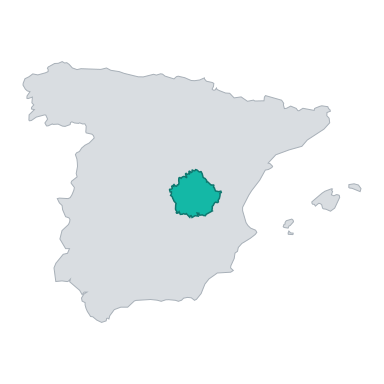 where Cuenca sits in Spain
{"feature_id": "ESP-5818", "entity_name": "Cuenca", "entity_type": "Autonomous Community", "adm_level": 1, "iso_a3": "ESP", "parent_name": "Spain", "parent_adm1": "", "projection": "orthographic", "projection_center": [-2.034, 39.943], "detail": "fine", "context": "in_parent", "style": "filled", "palette": "teal", "viewbox_px": 384, "rotation_deg": 0, "n_neighbors": 0, "source": "natural_earth", "source_scale": "10m", "svg_char_len": 6506}
<svg xmlns="http://www.w3.org/2000/svg" viewBox="0 0 384 384"><path d="M204.4,77.9L204.5,79.0L206.4,81.2L212.3,82.5L213.8,83.4L213.5,86.4L212.1,89.1L213.4,90.2L214.8,90.2L216.5,88.0L216.9,89.4L219.6,90.7L225.5,93.0L229.7,93.3L234.1,97.9L241.1,96.9L247.5,101.3L253.5,100.1L254.8,101.0L264.0,100.8L264.4,97.1L265.5,95.6L281.6,100.2L283.7,103.3L283.4,104.9L284.4,108.6L286.5,108.3L290.7,106.1L296.2,108.4L297.8,110.6L298.9,110.8L302.9,108.3L314.2,110.4L314.5,108.7L315.3,108.1L319.9,106.3L321.8,105.8L327.8,106.7L328.6,108.7L329.8,109.5L330.4,111.2L327.0,112.5L326.8,115.7L329.1,118.2L329.7,122.8L324.0,129.1L307.3,140.0L301.9,146.3L289.1,149.9L275.8,154.8L268.1,163.1L270.1,163.7L272.6,166.3L271.9,167.5L268.4,169.5L265.3,170.1L259.7,180.2L251.7,190.6L248.8,195.2L242.6,207.3L242.6,210.7L246.0,222.5L247.9,225.5L250.6,228.1L255.6,230.2L256.8,232.4L255.2,234.5L250.3,238.3L241.8,243.5L238.3,247.5L237.5,251.3L235.0,253.1L234.2,258.5L230.8,265.9L230.6,267.9L233.3,270.5L230.7,272.2L217.3,273.0L209.0,278.9L204.9,284.1L201.1,293.6L196.5,299.3L194.5,300.3L191.3,297.8L187.4,297.4L183.6,298.2L181.6,300.2L178.4,301.3L175.4,300.3L168.8,299.7L165.8,299.8L161.2,301.3L157.2,300.2L150.6,299.5L136.1,300.4L134.3,301.0L127.7,307.2L120.7,307.2L114.3,309.6L109.8,315.7L108.9,319.0L107.7,318.2L106.7,318.4L106.1,320.9L101.6,322.4L96.8,320.1L92.8,316.8L90.6,316.5L87.4,311.5L86.0,308.3L85.1,304.9L85.1,302.6L82.1,301.1L81.5,298.0L83.9,294.1L87.0,292.1L84.2,292.1L82.1,294.6L79.7,290.4L69.7,281.8L70.4,279.1L68.5,281.1L67.3,281.6L62.0,280.9L55.8,281.5L54.0,267.9L55.9,263.2L63.2,254.3L67.5,253.3L69.5,248.6L65.6,248.6L59.9,239.0L62.0,230.6L68.5,224.5L69.6,222.0L70.0,219.6L68.9,217.8L65.6,216.7L62.6,209.7L62.1,205.5L59.4,202.9L57.3,198.6L59.4,198.1L68.1,198.6L70.2,197.6L71.9,194.9L73.8,190.3L74.4,187.5L71.2,183.3L71.1,182.5L71.7,181.1L77.1,176.9L76.2,173.5L77.5,166.5L77.3,162.4L76.9,159.0L75.4,154.6L76.6,152.8L79.4,151.5L81.7,148.0L85.0,145.2L89.2,143.0L94.2,138.0L93.5,135.7L92.0,134.2L86.2,132.9L85.8,131.9L86.2,126.2L84.8,123.8L82.7,124.0L79.5,122.8L78.7,123.4L74.6,123.0L71.8,121.8L70.5,122.6L70.1,124.6L65.1,126.4L62.4,126.1L58.1,124.1L53.0,124.4L52.4,123.9L48.0,125.9L46.5,125.9L44.9,123.0L47.6,119.1L45.8,115.1L44.5,114.9L36.3,117.1L31.4,120.5L29.5,120.8L28.9,120.1L29.1,114.8L34.4,109.6L31.4,109.0L31.6,107.3L33.8,104.9L31.9,102.8L32.4,97.1L28.0,98.6L26.9,98.3L27.0,96.0L30.0,91.7L27.3,90.9L25.3,89.1L23.0,85.1L23.2,83.2L25.0,78.7L28.9,76.8L32.8,73.9L37.8,74.9L45.5,72.8L48.1,71.6L48.2,69.6L47.4,68.2L48.3,66.9L54.6,63.5L58.3,63.3L62.2,61.6L64.6,63.0L66.8,62.7L69.2,64.4L72.3,67.9L77.0,69.6L81.0,68.7L100.8,69.4L106.5,68.0L110.8,70.3L119.2,71.6L124.2,73.4L138.2,76.8L143.3,76.9L153.6,74.3L156.4,75.1L160.6,73.8L162.5,74.1L165.0,76.1L174.0,78.9L176.4,76.7L178.2,76.2L184.7,77.7L191.2,80.5L194.6,80.7L199.6,80.0L204.4,77.9ZM331.4,194.8L333.9,195.8L336.4,194.6L337.8,194.8L339.2,195.3L339.7,197.4L334.7,208.1L330.5,211.2L325.9,209.2L323.3,208.8L322.5,208.0L321.7,204.7L320.4,203.7L318.7,203.3L315.4,206.1L314.3,204.4L312.6,204.2L311.9,203.1L311.9,201.8L322.0,193.2L325.0,191.2L331.4,188.8L332.4,189.0L331.6,190.3L332.6,191.4L331.4,194.8ZM361.0,188.6L360.1,191.6L352.0,188.3L349.5,188.0L348.8,187.5L348.9,184.6L354.1,183.8L358.4,185.0L361.0,188.6ZM289.0,226.0L288.1,228.1L284.1,227.5L283.2,226.7L284.0,224.4L285.1,224.0L285.1,222.4L286.3,220.7L291.8,219.1L293.1,220.2L293.5,221.8L290.2,225.5L289.0,226.0ZM293.2,234.1L292.6,234.6L288.3,234.3L288.1,233.0L288.9,231.0L290.6,232.9L293.1,233.1L293.2,234.1Z" fill="#d9dde1" stroke="#a8b0b8" stroke-width="1"/><path d="M220.9,191.2L221.3,192.5L221.0,192.7L220.1,193.2L219.9,193.4L219.8,193.6L219.8,193.8L220.0,194.1L220.1,194.3L220.1,194.5L220.0,195.1L220.0,195.6L219.9,196.1L219.5,197.8L219.4,198.4L219.2,198.7L218.9,199.1L218.3,200.1L218.2,200.4L218.2,200.7L218.2,201.0L218.4,201.5L218.4,201.8L218.2,202.0L217.9,202.4L217.7,202.5L217.4,202.6L217.0,202.6L216.7,202.5L216.5,202.4L216.1,202.2L215.9,202.1L215.6,202.2L215.4,202.3L214.9,202.6L214.4,203.2L214.2,203.4L213.3,205.3L213.0,205.7L212.7,205.9L212.5,206.1L212.4,206.2L212.3,206.5L212.2,206.7L212.2,206.8L212.3,206.9L212.3,207.0L212.3,207.4L212.3,207.5L212.3,207.9L212.3,208.2L212.3,208.3L212.3,208.5L212.2,208.6L212.2,208.8L212.2,209.1L212.0,209.7L211.9,209.9L211.9,210.1L211.9,210.3L212.0,210.4L212.1,210.6L212.4,210.9L206.2,214.3L205.4,215.7L203.5,215.5L202.4,214.9L199.7,215.2L198.7,213.8L198.9,213.3L197.1,213.0L198.2,216.1L195.1,215.7L192.0,217.5L191.2,215.6L190.4,215.7L189.8,217.3L186.3,213.6L185.8,214.1L184.8,214.1L183.5,213.6L182.4,214.2L180.3,214.4L179.1,211.7L178.0,213.1L176.7,213.2L176.3,212.7L177.0,211.9L176.1,210.6L175.5,209.2L175.7,204.8L176.1,203.5L173.8,200.8L173.4,199.4L172.8,198.6L172.3,196.9L171.4,195.9L170.6,195.5L171.4,193.7L171.4,191.9L170.2,192.0L169.5,189.8L169.7,189.3L171.0,189.2L171.5,189.1L171.9,188.7L172.2,188.5L172.3,188.2L172.2,187.8L172.1,187.6L172.0,187.3L171.9,187.1L171.8,186.9L171.7,186.6L171.7,186.3L171.8,186.2L172.1,186.2L172.3,185.9L173.6,186.3L173.4,185.1L174.0,184.5L175.3,185.9L176.2,186.3L176.5,186.2L176.9,185.8L177.2,185.1L177.4,184.9L178.4,184.7L178.6,184.5L179.0,182.7L178.7,180.7L178.9,178.0L179.9,177.5L181.1,178.3L182.2,177.1L183.5,176.5L184.2,176.5L184.8,176.6L186.4,177.6L186.6,177.6L186.7,177.4L186.7,177.2L186.7,176.8L186.5,176.5L186.1,176.2L185.9,175.9L185.9,175.7L186.0,175.1L186.0,174.9L185.6,174.4L185.5,174.0L185.6,173.7L186.1,173.4L186.8,174.4L186.9,174.5L187.1,174.5L188.5,173.7L189.4,174.0L189.5,173.9L189.6,173.6L189.6,173.2L188.9,172.2L188.9,171.9L189.0,171.6L189.1,171.4L189.3,171.2L189.6,171.2L190.2,171.6L191.1,172.5L191.3,172.5L191.6,172.4L191.9,172.1L192.0,171.8L192.1,171.4L192.1,170.5L192.2,170.1L192.5,170.1L193.2,170.5L194.1,170.8L194.5,170.8L195.0,170.6L195.3,170.2L195.5,169.6L195.8,169.6L197.3,170.2L198.7,171.6L199.6,172.0L199.9,172.0L200.6,171.6L201.0,171.6L201.2,171.8L202.2,173.8L203.1,177.3L204.3,178.2L205.1,178.5L205.5,179.0L206.6,180.4L206.7,180.9L206.7,181.3L206.6,181.5L206.6,182.0L206.8,182.0L206.9,181.9L207.1,181.8L207.5,181.8L208.1,182.2L210.8,184.8L211.2,185.0L211.4,185.1L211.7,184.9L212.0,184.9L212.3,185.0L212.7,185.1L213.0,185.2L213.6,185.0L213.8,185.2L213.8,185.4L213.8,185.6L213.8,185.9L213.7,186.3L213.6,186.6L213.5,187.2L213.6,187.4L213.8,187.6L214.4,187.9L214.5,188.1L214.5,188.3L214.6,188.7L215.4,190.8L215.6,191.0L215.9,191.1L216.1,191.1L217.7,191.4L218.4,191.6L218.8,191.6L219.1,191.6L219.3,191.5L219.8,191.4L220.3,191.3L220.4,191.2L220.9,191.2Z" fill="#14b8a6" stroke="#0f766e" stroke-width="1.5"/></svg>